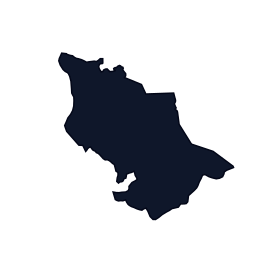 the district of Alor Gajah, Melaka, Malaysia, rotated 48°
{"feature_id": "92858781B21202151512611", "entity_name": "Alor Gajah", "entity_type": "district", "adm_level": 2, "iso_a3": "MYS", "parent_name": "Malaysia", "parent_adm1": "Melaka", "projection": "mercator", "projection_center": [102.174, 2.385], "detail": "fine", "context": "isolated", "style": "filled", "palette": "ink", "viewbox_px": 256, "rotation_deg": 48, "n_neighbors": 0, "source": "geoboundaries", "source_scale": "gbopen_adm2", "svg_char_len": 2523}
<svg xmlns="http://www.w3.org/2000/svg" viewBox="0 0 256 256"><g transform="rotate(48 128 128)"><path d="M59.6,100.4L57.9,102.3L57.9,105.1L57.5,107.0L55.7,108.4L54.4,110.3L52.7,112.7L51.4,114.8L48.8,115.7L46.2,116.8L43.4,118.5L41.7,119.8L39.8,120.5L37.2,120.9L35.6,122.2L33.5,123.5L31.5,124.3L31.4,124.2L28.0,127.2L29.2,129.8L30.3,132.4L31.8,134.5L35.9,136.2L41.1,137.1L44.0,136.8L46.3,135.9L47.8,135.9L50.7,136.8L55.1,139.1L61.2,143.8L64.4,146.4L66.4,147.0L68.7,147.5L71.6,149.9L75.4,153.6L78.0,157.4L79.5,161.5L80.3,165.9L82.1,169.6L83.8,173.4L86.5,174.6L89.5,175.8L107.9,176.0L110.7,173.2L117.1,175.1L116.9,173.6L116.3,171.5L116.5,169.5L117.1,168.5L120.6,168.9L122.1,168.4L123.4,167.8L125.1,168.0L126.9,167.1L128.8,166.9L131.2,166.9L134.2,166.9L136.4,166.3L137.7,164.6L139.8,163.7L142.2,163.3L144.0,163.2L145.9,162.6L149.3,164.3L152.0,165.8L154.3,165.2L156.5,167.1L157.8,169.3L160.2,172.1L162.6,171.9L162.6,170.2L163.8,168.5L164.0,167.1L163.0,164.8L163.8,163.2L162.8,161.7L161.3,160.0L162.3,157.2L163.4,155.0L164.1,152.4L165.8,153.1L168.2,154.4L170.5,154.8L172.3,155.5L172.3,156.8L172.0,158.5L171.2,161.5L171.6,163.9L172.0,166.3L173.8,167.8L174.7,169.7L174.0,172.6L171.6,175.6L170.1,177.9L168.2,179.9L165.6,181.9L172.7,185.3L174.4,184.7L175.9,183.8L177.0,182.1L178.7,180.5L179.8,177.9L182.2,178.6L184.6,179.0L186.3,178.8L188.7,178.0L191.1,176.7L194.1,175.4L196.7,173.9L198.4,172.6L198.6,170.4L199.7,168.2L203.2,168.9L208.6,170.8L212.7,170.6L213.6,169.6L214.4,168.8L215.0,165.0L215.2,160.6L216.1,155.7L217.0,152.2L217.3,149.3L220.5,143.5L219.6,139.7L221.9,137.1L223.1,135.3L222.8,133.0L221.1,131.0L218.7,128.3L218.7,125.1L218.7,120.5L218.4,117.0L217.6,114.7L215.8,111.2L214.4,107.4L212.9,104.2L214.1,101.9L218.4,100.4L221.4,98.7L224.8,96.4L226.6,93.5L227.5,90.3L226.3,87.4L225.1,85.9L225.4,83.0L228.0,76.0L226.7,75.5L202.3,80.4L182.7,91.5L181.6,91.5L159.5,87.6L149.2,80.5L148.7,80.3L148.3,80.1L147.4,80.1L146.9,80.2L146.3,80.3L145.4,80.4L145.3,78.8L144.4,78.6L141.1,77.4L140.7,76.5L140.2,75.2L139.4,74.3L138.3,73.6L137.0,73.0L132.6,70.7L114.7,92.0L104.7,88.9L88.5,96.7L88.4,97.6L87.7,94.9L87.2,94.3L85.9,93.3L84.5,93.3L82.1,93.1L80.9,92.6L80.4,91.5L79.3,91.2L78.0,92.1L77.0,91.9L75.8,92.5L75.2,94.5L75.4,96.3L74.5,97.1L74.2,98.8L75.3,99.4L75.9,98.9L76.8,99.2L75.9,101.3L74.9,102.5L73.9,103.8L71.8,103.9L70.1,104.0L69.1,105.4L68.6,107.3L69.2,108.8L68.4,110.4L67.2,110.1L65.8,110.0L64.2,109.5L62.7,108.7L61.7,106.9L61.8,105.2L62.8,104.3L62.9,103.3L59.6,100.4Z" fill="#0f172a" stroke="#020617" stroke-width="1.5"/></g></svg>